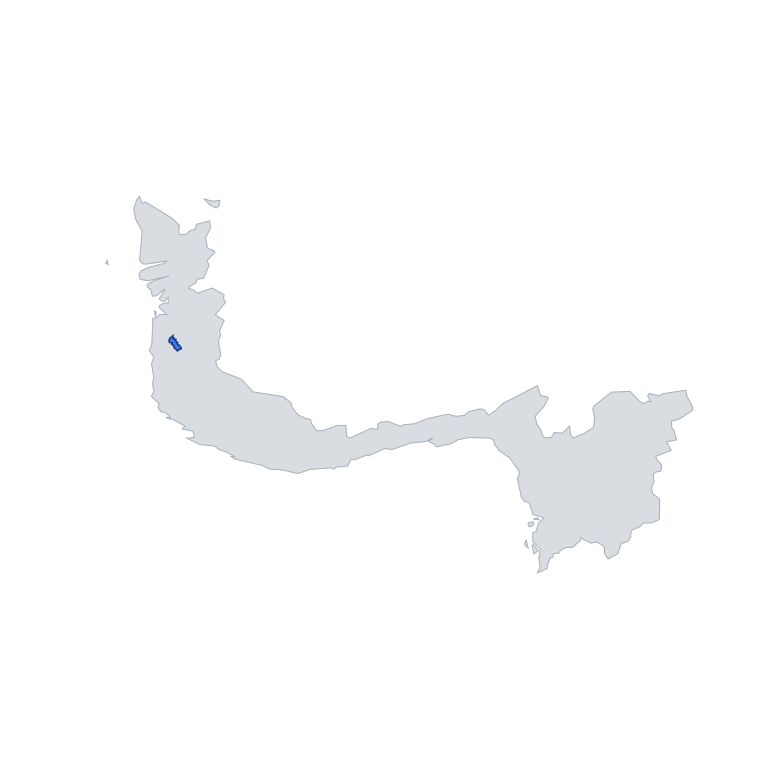 location of Duc Linh, Bình Thuận, Vietnam, rotated 120°
{"feature_id": "81297802B10372149063277", "entity_name": "Duc Linh", "entity_type": "district", "adm_level": 2, "iso_a3": "VNM", "parent_name": "Vietnam", "parent_adm1": "Bình Thuận", "projection": "mercator", "projection_center": [107.507, 11.194], "detail": "fine", "context": "in_parent", "style": "filled", "palette": "blue", "viewbox_px": 768, "rotation_deg": 120, "n_neighbors": 0, "source": "geoboundaries", "source_scale": "gbopen_adm2", "svg_char_len": 6443}
<svg xmlns="http://www.w3.org/2000/svg" viewBox="0 0 768 768"><g transform="rotate(120 384 384)"><path d="M470.9,156.8L464.4,157.3L457.6,162.8L448.6,166.3L446.3,176.1L438.8,180.7L435.2,178.5L427.7,180.6L419.7,178.5L422.5,189.8L414.4,198.6L415.3,204.3L413.1,208.7L399.1,221.3L395.0,221.5L391.9,223.5L385.1,238.4L384.2,250.7L381.2,257.7L378.2,260.7L377.5,264.5L388.1,284.0L395.1,291.8L402.0,295.8L412.3,307.3L410.8,310.3L411.5,316.7L406.6,314.8L407.2,315.6L413.0,319.1L421.8,331.4L437.0,344.4L439.4,351.0L454.1,361.6L453.8,363.0L464.2,371.5L465.4,374.8L473.2,374.5L480.3,384.4L482.6,384.5L483.4,388.6L495.0,405.3L504.7,413.9L509.4,429.4L515.1,441.1L515.2,447.8L523.8,476.4L523.2,480.1L521.6,476.5L521.8,487.3L523.2,493.0L522.6,500.0L528.6,513.2L529.5,527.7L525.1,521.5L520.5,525.8L523.9,536.2L520.0,535.2L520.4,549.2L522.1,554.0L521.6,555.8L519.7,552.2L518.0,558.7L519.7,563.3L517.0,568.3L513.4,568.7L511.2,579.1L504.7,579.9L499.9,584.6L493.9,586.4L482.8,595.4L475.8,596.9L472.1,604.0L465.9,604.8L442.7,617.0L440.0,614.1L435.7,613.0L432.5,606.4L430.2,617.0L428.4,617.7L424.8,615.6L421.4,611.5L416.6,614.4L422.0,615.2L423.4,617.9L422.6,621.2L411.0,621.1L421.5,625.3L423.7,628.4L418.7,633.5L418.6,637.1L416.2,638.8L410.4,635.6L397.9,624.2L412.7,640.3L415.3,647.6L411.7,650.9L407.5,651.0L400.6,646.2L389.5,634.7L385.8,633.1L398.8,649.5L400.7,653.2L399.2,657.5L372.7,669.7L365.6,681.4L357.3,688.4L348.4,690.2L343.6,689.6L348.6,683.6L345.5,681.4L346.6,649.0L348.9,640.6L356.4,637.1L356.5,635.3L353.8,630.4L347.7,628.5L344.9,624.9L339.4,626.3L329.9,616.5L335.4,612.3L346.8,611.5L354.6,604.8L353.6,597.3L354.6,596.3L365.3,599.0L368.9,594.7L382.8,593.1L386.7,598.2L390.0,597.3L396.4,600.9L399.0,601.0L397.7,595.9L398.9,591.2L386.8,580.8L386.6,567.0L389.6,566.2L392.7,562.0L408.4,564.8L409.0,554.2L420.3,553.0L422.9,550.0L429.5,549.0L440.7,539.8L445.4,539.2L447.9,541.5L452.4,537.3L454.3,530.2L451.2,510.2L456.3,493.5L445.4,465.3L446.7,455.4L450.1,452.0L453.5,443.8L453.1,434.7L451.4,430.3L454.3,427.1L458.2,418.9L454.7,413.3L443.4,403.9L438.9,396.4L447.8,390.2L448.0,386.4L429.5,373.6L426.3,366.8L421.9,369.4L418.6,367.8L414.2,361.2L412.5,348.6L409.4,346.6L403.2,337.7L392.7,329.4L380.2,316.0L377.7,312.0L376.1,305.7L371.0,298.6L366.0,297.1L357.3,288.1L356.2,284.3L358.6,277.8L352.5,274.5L341.5,271.4L308.7,250.3L315.5,242.8L313.5,235.9L314.3,234.7L323.3,234.2L336.4,237.0L342.5,231.3L345.4,225.0L349.9,220.2L349.9,217.4L346.7,212.4L340.8,212.2L337.6,205.1L327.6,202.2L334.2,197.4L336.2,193.5L326.9,186.1L317.0,180.8L308.3,184.4L301.6,190.5L298.5,191.4L277.4,183.1L267.3,167.1L271.2,154.2L271.2,149.4L267.1,147.1L265.9,144.0L262.8,149.5L259.8,149.6L256.6,139.9L252.9,137.6L238.5,119.5L242.9,115.7L249.6,105.3L252.2,103.5L266.5,110.5L272.5,116.5L278.6,112.5L278.7,110.3L286.2,102.7L292.8,110.5L297.9,102.1L310.7,112.5L312.6,110.6L315.1,103.4L318.7,101.3L321.4,100.9L324.8,105.1L327.8,105.5L333.9,101.2L340.3,100.4L344.6,96.6L345.8,88.4L347.4,86.8L363.7,77.8L370.2,82.5L374.5,89.6L380.2,91.4L386.3,96.1L391.0,95.4L392.5,93.8L398.4,94.0L403.6,98.9L414.0,96.7L423.5,102.3L420.4,108.3L415.7,111.1L414.4,114.2L414.5,121.1L418.5,125.4L418.9,136.7L421.5,135.7L431.1,139.0L434.7,144.6L439.4,147.9L443.1,148.1L446.2,152.5L449.5,151.1L451.0,153.0L457.7,152.3L462.4,150.5L470.9,156.8ZM315.5,617.3L316.0,624.1L313.7,632.0L311.1,623.3L307.0,618.1L312.4,615.9L315.5,617.3ZM456.2,169.2L450.5,174.6L448.3,174.5L451.2,167.0L456.2,169.2ZM433.5,189.2L431.9,189.4L428.7,186.0L430.4,184.1L434.0,185.4L434.8,187.0L433.5,189.2ZM453.0,181.6L450.8,182.7L448.1,182.6L454.2,177.0L453.0,181.6ZM424.1,181.6L426.5,187.1L423.1,184.3L424.1,181.6ZM440.0,615.1L435.6,619.5L435.4,617.5L440.0,615.1ZM418.4,685.5L415.1,685.5L418.7,682.8L418.4,685.5Z" fill="#d9dde1" stroke="#a8b0b8" stroke-width="1"/><path d="M453.9,577.9L453.8,578.5L453.7,578.7L453.7,578.9L453.7,579.1L453.6,579.3L453.5,579.5L453.4,579.7L453.3,579.8L453.1,579.8L452.9,580.0L452.9,580.3L453.0,580.4L453.1,580.6L453.1,580.8L452.9,581.0L453.0,581.1L452.9,581.1L453.0,581.3L453.0,581.5L453.1,581.8L453.1,582.0L453.1,582.3L453.1,582.5L452.9,582.6L452.7,582.8L452.5,583.0L452.4,583.1L452.2,583.1L452.2,582.9L452.0,583.0L452.1,583.4L452.1,583.5L451.9,583.5L452.1,583.7L452.1,583.8L451.9,583.7L451.7,583.6L451.5,583.8L451.6,584.0L451.4,584.2L451.5,584.3L451.5,584.5L451.4,584.6L451.2,584.5L451.2,584.8L451.3,584.9L451.3,585.0L451.2,585.0L451.2,584.9L451.0,585.1L450.9,585.2L450.9,585.3L451.0,585.3L451.0,585.5L450.9,585.5L450.8,585.4L450.7,585.5L450.6,585.8L450.5,586.0L450.4,586.2L450.4,586.4L450.5,586.5L450.4,586.6L450.1,586.7L449.9,586.7L450.0,586.8L449.9,586.8L449.9,587.0L449.7,587.1L449.6,587.3L449.6,587.5L449.9,587.6L450.0,587.8L450.2,588.0L450.3,588.1L450.2,588.3L450.1,588.5L450.0,588.9L450.0,589.0L449.9,589.0L449.9,589.3L449.7,589.2L449.4,589.1L449.4,589.3L449.3,589.5L449.1,589.5L449.2,589.9L449.2,590.0L449.0,590.3L448.9,590.4L448.8,590.5L448.7,590.7L448.4,590.6L448.2,590.5L447.9,590.7L448.1,590.7L448.3,590.7L448.3,590.8L448.4,591.0L448.5,590.9L448.6,591.0L448.8,591.0L449.0,591.0L449.3,591.2L449.2,591.3L449.3,591.3L449.5,591.3L449.8,591.4L449.9,591.5L450.0,591.6L450.2,591.8L450.3,591.9L450.3,592.0L450.5,592.0L450.8,592.1L451.0,592.3L451.3,592.4L451.6,592.3L451.8,592.2L452.0,592.1L452.4,592.2L452.5,592.3L452.6,592.2L453.1,592.0L453.3,592.0L453.5,592.1L454.0,592.0L454.1,591.9L454.2,591.7L454.9,591.2L455.0,591.1L455.1,590.9L455.0,590.7L455.0,590.3L455.2,590.2L455.3,590.1L454.7,589.4L454.5,589.2L454.4,589.1L454.2,588.3L454.4,588.4L454.4,588.5L454.6,588.5L454.8,588.4L454.9,588.2L455.1,588.1L455.3,587.9L455.2,587.7L455.4,587.7L455.5,587.6L455.5,587.4L455.5,587.2L455.6,586.9L455.7,587.0L455.7,586.9L455.8,586.8L455.8,586.6L455.9,586.4L455.9,586.2L455.8,585.9L455.9,585.7L456.0,585.7L456.1,585.4L455.9,585.3L455.9,585.2L456.0,585.1L455.8,585.2L455.7,585.1L455.8,585.0L455.8,584.9L456.0,584.7L456.2,584.8L456.3,584.8L456.4,584.7L456.5,584.7L456.7,584.8L456.8,584.7L457.0,584.5L457.8,583.5L457.7,583.3L457.8,583.2L457.9,582.9L457.7,582.8L457.9,582.4L457.9,582.1L457.9,581.6L457.9,581.2L458.1,580.9L458.4,580.6L458.5,580.5L458.5,580.4L458.4,580.3L458.4,580.2L458.5,580.0L458.5,579.9L458.6,579.6L458.4,579.5L458.4,579.2L458.0,579.0L457.7,579.1L457.4,579.0L457.0,578.9L456.5,578.8L456.4,578.7L456.1,578.4L455.9,578.2L455.8,577.9L455.7,577.9L455.5,577.7L455.2,577.2L454.9,577.2L454.6,577.5L454.4,577.6L454.2,577.7L454.0,577.8L453.9,577.9L453.9,577.9Z" fill="#3b82f6" stroke="#1e3a8a" stroke-width="1.5"/></g></svg>